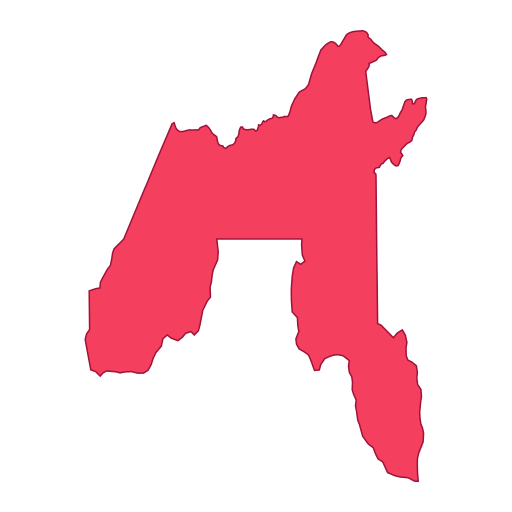 Boa Vista do Ramos, Amazonas, Brazil
{"feature_id": "56859067B11380578254177", "entity_name": "Boa Vista do Ramos", "entity_type": "district", "adm_level": 2, "iso_a3": "BRA", "parent_name": "Brazil", "parent_adm1": "Amazonas", "projection": "equal_earth", "projection_center": [-57.61, -3.16], "detail": "fine", "context": "isolated", "style": "filled", "palette": "rose", "viewbox_px": 512, "rotation_deg": 0, "n_neighbors": 0, "source": "geoboundaries", "source_scale": "gbopen_adm2", "svg_char_len": 4583}
<svg xmlns="http://www.w3.org/2000/svg" viewBox="0 0 512 512"><path d="M359.8,31.0L356.9,31.2L353.6,31.5L350.0,32.6L347.7,33.8L346.0,35.4L344.6,38.0L343.2,40.3L341.6,43.0L340.7,44.6L339.4,46.1L337.8,46.3L336.6,44.5L334.9,42.9L332.6,41.8L330.6,41.8L328.4,43.0L326.5,44.2L324.6,45.9L323.1,47.6L320.9,49.9L319.7,53.0L318.0,57.4L316.2,62.5L311.6,73.7L309.2,82.1L308.7,84.1L307.7,85.8L306.3,87.5L305.2,88.8L299.6,91.8L298.5,93.2L297.2,95.2L295.7,97.5L294.7,98.9L294.0,100.6L293.0,102.7L291.9,105.0L291.1,107.1L290.2,110.9L288.9,114.5L287.9,116.4L286.2,116.6L284.3,116.4L282.7,117.3L280.8,117.3L279.3,117.8L277.5,117.2L275.6,115.4L273.4,114.9L273.1,117.0L271.9,118.4L269.6,118.9L267.6,120.0L266.1,121.3L264.8,121.8L263.6,120.8L262.5,122.0L262.0,123.9L260.4,125.3L258.6,124.8L258.5,126.7L257.8,128.3L257.3,130.2L255.8,131.1L253.9,129.3L251.5,129.2L249.1,129.6L246.5,129.9L245.1,129.4L243.6,129.2L242.5,127.0L240.7,127.1L239.6,129.4L239.1,131.4L238.8,134.0L238.0,136.7L236.0,138.3L235.7,140.6L234.8,142.9L233.1,144.5L231.8,145.0L229.6,145.5L227.7,146.6L225.5,148.5L223.7,147.5L222.8,145.9L220.8,145.6L218.8,144.6L218.1,143.1L217.3,140.6L216.8,137.1L215.8,135.9L214.0,134.8L212.1,133.1L210.5,130.2L209.0,128.0L207.8,126.7L206.3,125.3L204.2,126.1L202.0,126.9L200.3,127.6L198.4,130.0L196.0,129.8L193.6,130.0L191.8,130.1L189.9,129.8L188.0,130.2L186.5,130.5L184.2,131.2L182.8,131.5L180.9,131.6L179.2,131.3L177.4,130.0L176.0,128.2L175.1,125.9L174.1,122.7L172.1,123.8L159.2,154.0L156.6,160.2L146.5,184.6L143.6,191.3L123.7,239.1L120.1,242.8L117.0,245.8L114.1,248.8L112.6,252.9L111.8,258.6L110.4,265.4L107.5,269.1L102.5,278.1L100.4,282.3L99.9,288.0L96.0,288.6L89.2,290.9L89.4,310.3L89.6,329.5L86.6,333.9L85.2,339.3L86.0,344.0L86.9,348.9L90.8,369.9L95.5,371.5L100.2,376.1L103.1,372.8L106.5,371.0L116.1,371.8L120.1,372.9L124.9,371.9L131.5,371.6L137.9,373.2L141.0,373.1L143.6,373.1L148.1,370.2L151.2,364.5L153.1,358.4L155.9,352.6L161.3,346.2L162.9,338.8L167.3,335.0L171.1,338.1L175.0,339.6L178.0,340.7L182.4,337.2L185.5,333.4L190.9,331.6L194.3,335.0L198.4,330.8L199.9,325.2L202.8,310.2L207.3,301.0L210.5,297.1L210.1,287.1L211.4,282.0L212.2,274.8L213.3,269.6L217.6,260.0L218.2,252.1L216.8,239.0L249.5,239.0L251.3,239.0L284.2,239.0L301.9,239.0L301.6,245.1L302.3,255.0L304.9,261.1L300.7,264.3L296.5,261.6L293.6,267.8L292.2,276.5L291.3,289.1L291.4,299.8L292.2,311.9L296.0,316.1L297.4,317.6L297.8,325.6L298.8,331.5L295.9,338.9L296.5,344.1L299.1,348.9L304.3,351.9L308.5,354.9L310.9,360.5L314.5,370.4L319.3,370.0L320.8,364.5L324.8,358.6L329.2,356.6L333.6,355.1L338.1,354.7L343.2,355.8L349.3,360.6L348.5,365.8L349.3,372.2L351.8,377.0L352.5,382.3L352.2,389.7L353.7,394.6L356.2,400.0L355.5,406.0L356.6,411.6L357.7,420.0L359.4,424.3L362.7,436.3L368.3,444.0L373.2,447.7L375.8,454.4L378.1,459.0L382.7,461.8L387.6,472.6L394.9,475.7L399.7,476.9L408.4,477.8L414.4,481.1L418.2,481.3L417.5,472.5L417.3,465.1L417.4,458.5L418.9,452.5L423.1,441.9L423.6,433.3L422.5,428.1L420.8,423.7L419.9,417.3L419.7,411.6L420.8,400.6L421.5,396.7L420.9,389.4L417.6,384.5L416.8,377.6L417.4,372.6L416.4,365.8L411.9,362.1L407.8,360.0L406.2,355.6L406.0,347.9L406.9,342.3L405.3,335.0L402.3,329.9L397.4,332.9L393.4,337.7L381.1,325.2L377.6,323.6L377.2,285.4L376.8,257.2L376.0,175.8L375.8,173.9L374.1,172.4L374.4,169.5L376.1,167.9L378.0,167.6L379.4,167.3L380.4,165.3L381.6,163.8L383.0,163.4L384.3,161.7L386.4,159.5L388.0,158.3L389.6,157.5L390.6,159.7L391.5,162.2L394.0,164.7L396.0,165.9L398.0,165.7L399.2,163.5L400.2,160.8L400.6,158.9L401.3,157.1L402.8,155.7L401.8,153.9L400.6,152.4L400.9,150.4L402.3,148.2L404.7,145.9L406.3,144.2L407.9,143.1L410.0,142.0L411.9,140.4L412.4,137.5L413.8,134.8L414.7,131.7L416.3,129.9L417.2,127.5L419.2,125.0L421.0,123.0L422.6,121.3L423.7,119.9L424.6,117.8L425.7,114.7L426.0,112.2L425.8,109.7L425.4,106.7L426.1,103.5L426.3,101.1L426.8,99.2L426.1,97.6L424.1,97.8L422.3,97.7L420.1,98.2L417.9,98.7L416.4,99.6L415.1,101.9L414.3,103.8L412.4,103.7L412.4,101.2L411.5,99.3L410.0,99.3L408.3,99.6L406.5,100.0L404.9,101.7L402.8,107.7L402.0,110.2L400.5,112.3L399.1,115.5L397.6,117.7L395.6,118.7L393.7,117.4L391.7,115.4L388.7,116.3L387.4,117.0L386.0,117.6L384.1,118.4L382.6,118.9L380.9,119.9L378.9,121.3L376.9,122.6L374.9,122.9L372.9,122.0L370.6,109.8L365.7,71.3L367.2,69.3L368.5,67.3L369.2,65.6L369.1,63.3L371.4,62.6L372.9,61.8L374.9,61.0L376.8,59.8L377.8,58.1L379.5,56.8L381.2,55.9L383.2,55.6L385.0,55.3L386.5,54.6L385.2,52.5L382.0,49.8L378.4,46.2L374.0,43.1L372.9,42.0L371.8,40.7L370.6,39.1L369.1,38.1L368.0,36.7L368.1,34.7L366.9,32.8L365.5,31.7L362.6,30.7L359.8,31.0Z" fill="#f43f5e" stroke="#9f1239" stroke-width="1.5"/></svg>